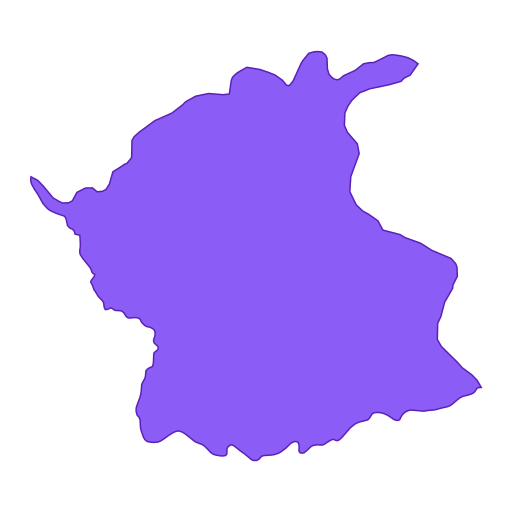 Granados, Baja Verapaz, Guatemala (Albers equal-area conic projection)
{"feature_id": "79465075B60020502053438", "entity_name": "Granados", "entity_type": "district", "adm_level": 2, "iso_a3": "GTM", "parent_name": "Guatemala", "parent_adm1": "Baja Verapaz", "projection": "albers", "projection_center": [-90.583, 14.941], "detail": "fine", "context": "isolated", "style": "filled", "palette": "violet", "viewbox_px": 512, "rotation_deg": 0, "n_neighbors": 0, "source": "geoboundaries", "source_scale": "gbopen_adm2", "svg_char_len": 4830}
<svg xmlns="http://www.w3.org/2000/svg" viewBox="0 0 512 512"><path d="M481.3,387.5L477.2,380.4L471.8,374.8L462.2,367.7L457.6,362.5L441.3,346.4L437.3,339.4L437.7,323.4L440.9,316.4L444.6,302.3L452.7,288.2L452.9,285.1L457.3,276.4L457.0,267.1L455.7,263.7L451.1,258.5L431.7,250.3L420.8,243.3L405.0,237.6L400.1,234.6L382.9,230.1L378.0,220.9L368.7,214.3L362.7,211.0L356.2,204.8L349.8,191.6L350.8,176.6L359.2,153.6L357.3,143.8L347.4,132.3L344.4,125.4L344.9,113.0L347.9,106.1L351.8,100.4L359.6,92.8L369.7,88.8L389.7,84.6L400.9,81.4L404.3,78.0L410.1,75.2L418.1,63.8L413.4,60.4L408.0,57.7L401.5,56.0L395.2,55.0L392.1,54.8L388.3,55.3L380.4,59.4L373.9,62.5L369.2,62.7L363.5,63.8L355.2,70.4L343.6,75.7L340.8,78.1L338.6,79.6L336.6,79.7L334.3,79.1L331.6,77.2L329.0,74.2L327.4,68.9L327.0,58.2L325.4,54.9L322.0,52.0L317.6,51.5L313.5,51.9L308.7,53.3L303.0,60.4L301.3,63.0L293.1,81.0L289.3,85.6L286.6,85.3L282.5,80.3L274.8,74.9L268.5,72.4L260.1,69.5L246.9,67.3L240.8,70.7L237.3,72.8L234.5,75.2L232.6,77.2L231.3,80.3L229.3,94.0L223.1,94.7L208.5,93.5L195.6,96.2L185.7,101.7L182.4,105.0L172.0,113.0L154.9,120.6L139.4,132.0L134.2,136.6L132.0,140.5L131.6,157.6L126.8,163.5L124.3,164.3L121.8,166.2L112.9,171.8L109.3,184.3L105.9,189.5L102.5,191.3L97.1,191.8L92.5,187.9L85.5,188.0L76.9,192.4L72.3,200.9L68.7,202.8L62.5,203.0L58.3,201.0L53.1,197.9L43.2,186.0L37.8,180.4L31.0,176.8L30.7,179.5L30.9,181.6L31.3,183.2L32.0,184.9L34.9,190.0L35.9,191.3L36.8,192.8L38.0,194.6L42.9,203.4L47.0,208.1L48.7,209.6L50.9,210.9L55.7,213.1L59.8,214.6L64.3,216.1L65.2,217.2L66.1,219.1L66.7,221.7L67.5,225.5L69.4,227.7L70.9,228.6L72.5,229.2L74.4,231.3L74.9,233.9L76.7,234.6L79.7,235.2L80.0,237.4L80.3,243.0L80.3,244.6L80.3,246.9L79.8,250.0L79.8,252.7L80.2,254.5L82.6,258.2L90.1,267.6L90.8,268.8L91.5,270.8L92.4,273.0L94.7,274.4L94.3,276.4L91.2,280.5L90.7,282.1L91.8,284.0L92.8,286.1L93.2,287.5L94.0,289.7L95.4,291.6L96.1,292.9L97.0,294.3L98.0,296.1L99.0,297.2L101.8,300.1L102.7,301.2L103.5,302.5L103.9,304.8L104.1,306.8L105.3,309.6L107.0,309.5L109.2,308.6L110.9,307.9L112.5,308.6L113.9,309.8L115.5,310.5L116.9,310.5L119.8,310.7L121.6,311.0L123.6,312.5L126.0,316.3L127.7,317.7L129.7,318.1L133.8,317.6L135.2,317.6L137.4,317.8L138.8,318.3L140.4,319.5L140.8,320.9L141.9,322.6L143.5,324.3L144.8,325.5L147.1,326.7L149.2,327.0L151.0,327.7L153.0,328.9L154.2,330.0L155.0,331.6L155.1,334.3L154.8,336.4L154.1,338.0L153.5,340.6L154.1,342.8L155.5,344.2L157.5,346.1L158.3,347.7L157.9,349.4L156.9,350.5L155.5,351.4L153.9,353.1L153.7,355.2L153.4,362.5L152.7,366.3L151.3,367.0L149.0,368.0L147.1,369.4L145.9,370.9L145.7,372.9L145.5,375.7L145.2,377.2L144.6,378.9L143.3,381.2L142.4,382.9L141.7,384.5L141.2,391.1L141.1,392.5L140.0,397.2L137.6,403.6L136.5,406.7L136.2,408.2L136.1,411.4L137.2,415.3L138.8,416.9L139.8,418.9L140.1,420.5L140.2,422.4L140.4,425.8L140.6,428.4L141.2,430.8L142.3,433.9L143.5,437.3L145.1,439.9L146.9,441.3L148.2,441.8L150.5,442.1L151.9,442.3L153.8,442.4L155.3,442.3L158.0,442.0L160.8,440.9L165.6,437.7L167.8,436.0L169.9,434.6L171.6,433.6L173.1,432.6L174.9,431.8L177.0,431.1L179.2,431.0L182.5,432.2L185.5,434.1L189.7,437.4L194.5,441.3L195.7,442.0L197.4,442.7L199.3,443.5L200.6,443.9L202.7,444.8L204.2,445.9L205.4,446.9L207.3,448.9L209.2,450.8L210.5,452.3L212.2,453.6L214.4,454.7L218.7,455.6L220.8,455.9L223.1,455.9L225.4,455.6L226.6,454.5L227.0,451.9L226.9,450.4L227.0,448.4L228.1,446.8L229.5,445.6L231.3,444.7L233.3,445.4L234.9,446.5L239.7,450.4L245.1,454.3L250.1,458.5L251.5,459.7L253.3,460.4L255.0,460.5L256.9,460.4L259.0,459.2L260.3,457.8L261.5,456.3L264.1,455.5L266.4,455.4L270.8,455.1L273.8,454.7L278.1,453.4L280.5,452.1L283.0,450.3L284.9,448.9L286.1,447.9L290.2,443.9L291.4,442.9L294.3,441.6L296.5,441.6L298.1,442.4L299.1,445.4L299.1,447.6L298.9,450.4L299.3,451.9L300.3,452.9L302.1,453.1L303.9,452.9L307.1,450.3L311.0,446.6L312.8,445.6L314.5,445.2L316.0,445.0L318.0,444.8L320.1,445.0L322.1,445.1L324.7,444.1L326.4,442.8L328.6,441.5L330.4,440.4L332.2,439.5L333.8,439.4L335.6,440.3L337.0,440.7L339.0,440.0L341.6,437.8L348.0,430.5L349.1,429.2L350.2,427.9L351.3,427.0L353.5,425.2L355.0,424.1L356.2,423.3L359.2,422.1L361.0,421.6L362.6,421.2L364.6,420.7L367.8,419.9L369.7,417.9L371.1,415.5L371.9,414.2L373.9,412.8L376.6,412.5L378.5,412.5L380.4,412.7L382.3,413.1L384.7,413.9L387.7,415.3L390.3,417.0L391.8,418.0L393.0,418.9L394.6,419.8L396.5,420.4L397.9,420.4L399.6,419.8L401.1,416.8L402.2,414.9L404.2,412.9L405.7,411.8L407.9,410.8L409.4,410.3L411.4,410.1L414.1,410.3L418.7,410.7L421.3,411.0L423.1,411.1L425.5,411.0L427.5,410.5L431.2,410.2L434.5,409.9L437.0,409.3L440.4,408.3L445.4,407.2L448.2,406.5L449.6,405.9L452.6,403.9L455.0,401.8L457.7,399.5L459.5,398.1L461.0,397.3L462.5,396.5L463.9,396.0L466.0,395.6L469.0,394.8L471.6,393.9L472.8,393.3L474.1,392.4L475.2,391.1L476.2,389.5L477.1,388.2L478.5,387.6L481.3,387.5Z" fill="#8b5cf6" stroke="#5b21b6" stroke-width="1.5"/></svg>